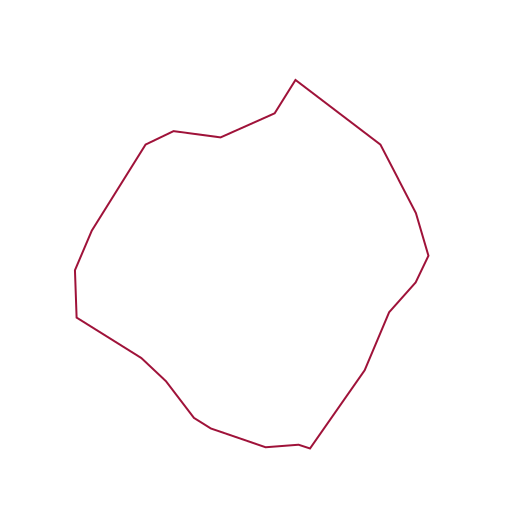 outline of Jungnang-gu, Seoul, South Korea, rotated 212°
{"feature_id": "91817680B66829558888986", "entity_name": "Jungnang-gu", "entity_type": "district", "adm_level": 2, "iso_a3": "KOR", "parent_name": "South Korea", "parent_adm1": "Seoul", "projection": "natural_earth1", "projection_center": [127.092, 37.588], "detail": "fine", "context": "isolated", "style": "outline", "palette": "rose", "viewbox_px": 512, "rotation_deg": 212, "n_neighbors": 0, "source": "geoboundaries", "source_scale": "gbopen_adm2", "svg_char_len": 463}
<svg xmlns="http://www.w3.org/2000/svg" viewBox="0 0 512 512"><g transform="rotate(212 256 256)"><path d="M375.5,108.7L299.1,108.7L266.0,102.1L222.8,85.8L202.9,85.8L146.5,98.9L119.9,118.5L108.2,121.4L104.8,187.8L103.3,216.7L113.3,278.9L106.6,318.2L109.9,347.6L143.1,377.1L175.4,396.2L176.3,396.8L209.5,416.4L315.8,426.2L315.8,386.9L348.9,337.8L392.1,318.2L408.7,292.0L408.7,190.5L402.0,148.0L375.5,108.7Z" fill="none" stroke="#9f1239" stroke-width="2"/></g></svg>